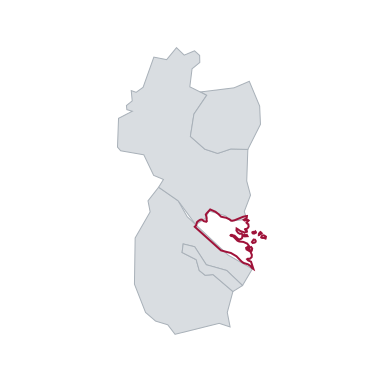 Guinea-Bissau shown with its bordering countries, rotated 222°
{"feature_id": "GNB", "entity_name": "Guinea-Bissau", "entity_type": "country or territory", "adm_level": 0, "iso_a3": "GNB", "parent_name": "Africa", "parent_adm1": "", "projection": "orthographic", "projection_center": [-15.403, 11.81], "detail": "fine", "context": "with_neighbors", "style": "outline", "palette": "rose", "viewbox_px": 384, "rotation_deg": 222, "n_neighbors": 4, "source": "natural_earth", "source_scale": "50m", "svg_char_len": 3389}
<svg xmlns="http://www.w3.org/2000/svg" viewBox="0 0 384 384"><g transform="rotate(222 192 192)"><path d="M95.0,145.4L85.2,126.1L73.4,117.2L83.9,112.6L109.4,74.9L121.2,77.1L132.7,71.7L145.9,71.4L173.1,85.0L203.5,119.8L209.8,149.2L218.8,156.0L220.0,173.2L196.4,176.2L179.0,170.4L122.9,169.3L95.7,175.2L91.9,156.3L113.7,156.9L132.7,147.5L153.4,153.1L163.8,147.5L158.9,140.4L143.6,144.5L134.1,138.5L126.5,138.9L121.1,144.7L95.0,145.4Z" fill="#d9dde1" stroke="#a8b0b8" stroke-width="1"/><path d="M167.4,170.2L196.4,176.2L220.0,173.2L221.6,182.2L231.6,178.7L252.7,187.4L272.6,174.9L277.4,175.5L295.9,197.6L290.4,212.1L295.5,209.6L298.6,212.4L297.4,219.7L305.0,226.7L300.2,228.7L298.4,237.1L310.6,266.7L299.4,273.4L300.1,288.9L289.4,288.5L284.6,298.6L277.7,298.6L272.9,293.5L274.4,283.6L264.0,268.7L245.8,273.8L242.7,251.2L230.4,232.2L211.1,232.4L198.8,237.8L191.9,250.0L179.0,261.0L158.7,236.8L146.4,228.8L140.1,212.5L133.0,208.4L143.8,196.4L151.1,196.8L166.5,189.3L164.4,181.1L167.4,170.2Z" fill="#d9dde1" stroke="#a8b0b8" stroke-width="1"/><path d="M179.0,261.0L191.9,250.0L198.8,237.8L211.1,232.4L230.4,232.2L242.7,251.2L245.8,273.8L252.5,272.2L230.5,297.5L223.5,312.6L199.2,301.1L186.4,288.1L179.0,261.0Z" fill="#d9dde1" stroke="#a8b0b8" stroke-width="1"/><path d="M95.0,145.4L121.1,144.7L126.5,138.9L134.1,138.5L143.6,144.5L158.9,140.4L163.8,147.5L153.4,153.1L132.7,147.5L113.7,156.9L91.9,156.3L95.0,145.4Z" fill="#d9dde1" stroke="#a8b0b8" stroke-width="1"/><path d="M94.9,175.9L96.2,175.7L99.5,176.1L102.0,175.7L103.8,174.9L106.2,173.8L108.6,173.5L115.9,174.0L122.3,172.7L127.0,170.2L131.4,168.0L137.1,168.0L143.1,168.0L151.8,168.0L158.6,168.0L166.7,168.0L166.6,170.0L168.1,172.8L167.9,174.9L167.3,176.9L166.7,177.7L166.0,178.2L163.9,178.2L163.0,178.6L161.5,179.4L161.5,180.3L162.6,181.1L163.6,182.4L164.7,183.3L166.6,184.4L166.8,185.6L166.8,188.7L166.8,191.2L161.4,193.0L157.4,193.3L153.9,193.1L152.4,193.9L149.4,195.7L145.7,196.8L143.8,196.9L142.9,197.5L141.5,199.4L137.5,207.7L136.2,209.6L135.1,210.9L133.9,209.2L134.9,205.9L133.8,206.0L131.8,208.6L130.8,208.7L130.9,205.6L129.8,205.5L128.5,205.7L126.7,204.1L126.5,202.9L126.6,201.2L127.7,200.1L127.6,199.7L126.5,199.5L125.3,199.8L124.6,199.3L125.8,197.1L130.1,195.3L132.2,195.1L134.4,194.7L133.2,193.1L130.6,192.5L128.5,192.9L127.5,194.1L126.2,194.3L124.0,191.6L124.1,190.2L124.9,188.6L126.1,187.9L131.1,188.0L132.9,187.1L133.7,186.9L134.4,186.1L134.3,185.5L133.5,185.5L131.6,186.6L125.7,186.2L123.8,186.8L120.4,189.3L116.4,190.6L113.4,190.0L114.4,186.7L113.9,186.3L113.0,185.8L108.7,186.8L105.4,185.3L104.1,183.5L104.3,181.2L105.9,179.7L106.1,178.9L104.5,178.7L101.5,179.7L94.9,175.9ZM109.2,208.0L107.2,208.3L106.4,207.1L106.2,206.6L107.3,206.2L107.7,206.2L108.5,205.3L109.4,204.7L109.9,204.5L110.3,204.6L110.7,206.5L110.2,207.4L109.2,208.0ZM114.4,197.9L113.2,198.7L112.0,198.3L111.4,197.7L111.5,196.4L112.8,194.7L114.0,194.9L114.4,197.9ZM112.3,187.7L111.1,190.7L109.5,190.3L108.4,188.5L108.3,187.8L111.5,187.6L112.3,187.7ZM118.6,204.1L118.6,205.1L117.6,204.9L117.3,204.6L117.9,202.8L118.8,202.0L119.9,202.1L120.2,202.4L120.0,203.1L119.5,203.7L118.6,204.1ZM122.8,196.2L122.6,196.8L121.2,196.3L123.2,194.2L124.5,193.8L124.4,195.4L123.4,195.8L122.8,196.2ZM114.5,207.4L114.3,208.1L112.8,208.0L113.2,207.3L112.8,207.1L113.3,205.0L113.5,204.7L114.2,205.5L114.3,205.8L114.5,207.4Z" fill="none" stroke="#9f1239" stroke-width="2"/></g></svg>